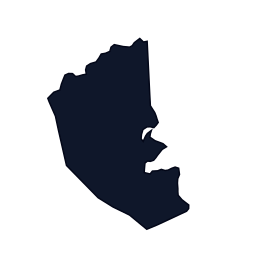 outline of Francisco Dantas, Rio Grande do Norte, Brazil, rotated 21°
{"feature_id": "56859067B20316816655546", "entity_name": "Francisco Dantas", "entity_type": "district", "adm_level": 2, "iso_a3": "BRA", "parent_name": "Brazil", "parent_adm1": "Rio Grande do Norte", "projection": "robinson", "projection_center": [-38.095, -6.042], "detail": "fine", "context": "isolated", "style": "filled", "palette": "ink", "viewbox_px": 256, "rotation_deg": 21, "n_neighbors": 0, "source": "geoboundaries", "source_scale": "gbopen_adm2", "svg_char_len": 1220}
<svg xmlns="http://www.w3.org/2000/svg" viewBox="0 0 256 256"><g transform="rotate(21 128 128)"><path d="M140.9,99.2L139.6,96.3L136.5,89.4L114.8,40.2L111.6,42.2L106.9,40.2L103.3,46.1L102.5,49.6L100.6,51.9L94.3,53.7L85.3,55.1L83.2,58.6L83.6,63.0L80.2,66.3L76.5,68.5L75.8,73.0L74.5,77.8L69.9,81.3L67.2,85.0L67.6,88.9L69.8,92.7L66.8,94.5L63.1,97.3L60.6,98.7L56.7,97.1L53.0,98.4L50.2,101.2L50.1,105.3L50.1,110.9L50.8,116.9L45.9,121.2L42.5,129.0L45.0,131.8L56.0,142.9L63.8,154.9L84.0,185.0L125.1,203.8L142.3,207.1L160.6,208.7L181.8,215.8L190.2,207.8L212.5,184.7L213.5,181.5L212.3,178.1L207.9,176.8L204.0,175.6L198.9,172.8L197.4,169.7L196.3,166.8L193.9,161.7L192.6,157.5L192.7,152.9L189.7,147.4L186.0,147.6L183.1,150.1L180.6,152.9L177.9,154.4L173.9,154.7L171.1,157.3L166.2,159.5L165.1,163.0L159.1,163.8L158.1,160.6L156.4,154.7L158.0,151.9L160.9,151.1L163.5,148.9L164.6,145.8L165.4,142.6L167.6,135.7L170.7,131.7L166.3,130.1L163.4,130.1L157.8,130.2L151.7,128.7L150.9,125.4L150.7,121.9L148.0,126.2L147.3,129.2L147.0,135.1L144.1,133.4L142.9,129.2L142.5,124.1L145.3,120.2L148.2,118.9L152.0,118.4L153.3,115.3L154.2,112.0L151.9,109.3L149.8,106.6L147.4,104.0L140.9,99.2Z" fill="#0f172a" stroke="#020617" stroke-width="1.5"/></g></svg>